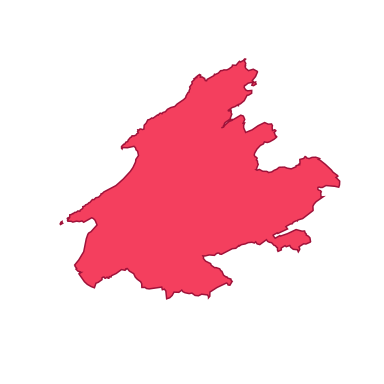 Midleton Lea-7, Cork, Ireland (Equal Earth projection), rotated 154°
{"feature_id": "5873133B11513938910004", "entity_name": "Midleton Lea-7", "entity_type": "district", "adm_level": 2, "iso_a3": "IRL", "parent_name": "Ireland", "parent_adm1": "Cork", "projection": "equal_earth", "projection_center": [-8.098, 51.922], "detail": "fine", "context": "isolated", "style": "filled", "palette": "rose", "viewbox_px": 384, "rotation_deg": 154, "n_neighbors": 0, "source": "geoboundaries", "source_scale": "gbopen_adm2", "svg_char_len": 6037}
<svg xmlns="http://www.w3.org/2000/svg" viewBox="0 0 384 384"><g transform="rotate(154 192 192)"><path d="M114.5,231.0L115.9,231.4L112.8,234.1L112.6,237.2L112.7,237.9L114.5,239.7L123.0,239.0L123.7,239.4L124.3,238.8L127.7,239.1L132.7,237.8L133.2,238.3L133.0,237.7L135.2,236.5L137.5,236.8L135.0,236.7L134.5,238.0L133.1,238.4L132.9,239.3L131.8,239.9L126.3,240.8L126.9,240.3L126.3,239.6L125.1,240.1L125.2,241.6L122.1,244.5L122.0,246.8L121.4,247.2L121.1,248.5L122.7,248.5L123.2,249.1L123.8,248.3L123.6,249.5L119.0,250.3L115.8,249.9L113.0,250.3L112.5,249.9L112.7,248.6L111.7,250.3L109.9,250.0L105.0,251.2L100.1,254.8L98.6,254.3L95.1,254.6L93.8,257.1L97.7,258.6L99.0,260.3L99.3,263.1L98.1,264.7L97.5,264.4L93.9,265.2L89.0,264.1L88.7,263.3L90.0,263.2L91.4,261.7L90.1,260.6L87.0,260.9L87.0,262.4L86.6,263.0L88.1,263.2L88.9,265.8L84.3,267.9L80.5,271.2L80.5,271.9L83.1,275.5L88.0,276.3L88.4,277.3L88.1,277.5L88.5,277.4L89.5,279.4L89.3,281.4L88.5,281.9L88.7,282.4L87.3,284.0L87.5,287.1L85.6,287.9L86.0,288.4L86.8,288.2L86.2,288.6L88.2,287.7L91.5,287.6L91.9,288.6L92.6,288.5L96.9,286.6L100.0,288.3L101.0,287.1L105.3,286.4L107.3,286.5L109.9,287.8L111.3,287.8L113.1,288.5L116.2,287.3L119.7,287.4L120.2,288.0L121.3,287.0L129.0,286.6L130.1,285.6L131.2,286.3L130.9,288.6L131.3,288.6L132.2,290.7L133.6,291.3L133.3,291.4L133.8,292.8L132.4,293.4L133.6,293.5L133.8,294.3L136.5,293.9L137.6,292.8L137.9,293.5L139.9,292.6L139.7,293.0L140.6,292.9L140.4,292.1L143.9,291.0L144.2,289.4L148.1,287.4L148.2,286.0L150.1,284.4L150.7,283.2L151.9,283.2L155.3,280.9L156.3,279.6L159.1,278.7L166.8,277.6L170.0,276.4L174.0,277.2L177.8,277.1L180.7,275.8L183.3,276.2L184.7,275.5L185.4,276.5L186.5,276.8L188.7,275.9L189.2,276.4L194.8,275.4L195.7,276.2L198.4,275.8L200.1,276.2L203.0,274.0L205.7,273.0L207.7,269.6L209.2,269.9L210.4,271.1L211.5,271.4L212.4,270.9L213.5,271.6L213.8,270.4L214.4,270.2L214.4,268.7L216.2,268.5L217.1,267.8L219.3,267.8L221.3,268.8L222.4,267.9L223.3,268.1L226.7,266.6L227.7,265.5L229.6,265.8L231.6,264.5L232.3,264.9L235.4,263.8L236.2,262.1L236.0,261.6L235.5,262.7L234.5,262.1L235.6,261.7L234.4,262.1L230.7,260.1L224.1,258.5L223.4,256.6L223.8,254.4L223.0,252.5L224.1,248.2L228.2,245.9L229.6,243.7L234.3,239.9L238.3,237.6L248.0,233.8L257.6,231.1L271.2,230.7L273.5,229.9L274.4,230.3L275.3,229.3L278.3,228.3L280.9,229.0L283.5,228.1L284.8,228.9L288.6,227.3L289.3,227.6L291.1,226.9L293.4,227.1L294.5,226.4L296.6,226.7L296.9,225.6L297.6,225.1L300.6,224.6L300.9,224.0L301.8,224.1L302.8,225.0L305.0,224.5L306.4,225.1L308.5,224.6L308.9,225.0L310.3,224.6L311.8,225.1L313.3,222.5L314.2,222.4L314.5,223.2L315.4,223.0L315.1,222.6L315.6,222.2L315.2,221.7L316.3,221.1L316.4,220.2L313.4,218.6L312.3,217.2L308.5,216.4L306.3,214.8L303.6,214.2L302.6,212.3L293.4,212.8L292.3,211.4L291.5,209.0L291.8,204.0L300.2,200.6L302.9,200.4L304.2,199.6L307.6,196.2L315.5,185.8L323.5,180.6L329.5,177.8L329.3,177.0L329.7,176.4L329.1,174.0L330.1,173.6L329.2,170.8L327.8,169.6L328.2,169.4L328.0,168.9L326.9,168.3L329.5,168.0L328.0,158.5L326.6,154.9L324.0,151.1L321.7,148.7L318.3,152.1L315.9,151.9L311.3,152.7L310.6,154.2L309.8,154.5L308.4,154.2L308.2,152.9L307.6,152.4L305.7,152.7L305.2,151.3L304.5,150.9L303.4,152.2L302.1,151.1L301.1,152.1L295.8,152.0L289.4,153.2L286.5,151.0L285.3,151.3L285.4,151.8L284.9,152.0L283.7,151.6L282.9,148.3L280.2,144.2L280.3,140.4L279.4,137.5L277.5,133.9L277.4,131.7L278.9,128.2L276.0,126.8L275.2,125.2L273.0,123.7L260.9,119.8L261.5,117.2L259.4,116.8L258.9,114.5L261.6,107.1L258.4,106.7L255.2,107.7L252.1,109.9L247.8,107.6L244.2,108.3L243.9,106.4L242.5,104.6L239.1,101.9L236.4,101.2L234.6,97.7L231.7,95.9L228.1,95.9L223.2,92.7L223.0,90.8L223.5,89.7L221.7,90.5L219.8,94.2L211.5,95.2L201.0,95.1L200.3,94.3L200.3,92.6L198.8,91.6L195.0,94.1L195.6,95.1L195.2,96.7L197.5,98.9L197.9,100.5L198.6,100.6L200.1,103.4L199.9,107.6L200.6,108.7L200.8,110.9L203.6,113.6L204.8,114.0L206.8,117.6L206.7,119.5L210.1,123.9L210.9,127.2L210.1,128.5L210.2,129.8L208.0,128.7L204.1,127.9L199.6,125.2L196.9,126.0L195.3,125.7L194.3,124.9L194.2,124.0L192.8,123.1L180.6,123.4L177.3,122.2L173.4,123.3L173.4,122.7L170.6,123.0L166.9,122.0L163.9,121.9L160.2,120.6L158.3,118.8L156.6,119.3L156.2,116.8L154.1,115.0L146.0,116.5L145.7,114.5L144.5,112.9L142.7,111.6L141.6,108.0L140.6,107.2L140.2,105.2L139.6,104.6L140.7,102.1L140.7,100.9L137.1,100.8L136.4,102.5L131.9,103.0L131.3,101.5L127.6,101.1L127.5,99.0L126.1,96.1L122.6,93.9L122.7,91.6L120.4,93.1L119.9,94.4L120.0,95.7L119.6,95.9L114.3,96.5L112.4,95.3L107.8,95.1L107.2,95.4L106.1,99.1L106.8,101.3L108.2,103.2L107.7,104.0L108.2,105.8L107.9,107.6L110.2,108.5L114.9,112.6L124.5,112.7L131.8,113.6L132.1,114.3L137.5,114.0L138.2,117.2L137.9,117.7L133.3,117.9L133.1,117.1L122.3,116.9L122.8,119.7L121.5,119.9L117.9,120.1L115.7,119.5L114.4,120.4L111.9,120.5L109.9,120.2L109.9,119.9L108.9,120.4L104.2,119.6L91.6,122.2L91.2,122.4L89.6,126.2L87.5,127.7L84.6,128.9L76.2,130.2L78.2,131.0L76.6,135.0L75.7,135.4L75.9,136.8L77.4,138.3L77.7,139.4L76.8,140.9L75.5,140.7L74.4,139.6L72.7,138.9L68.8,139.1L61.1,134.5L58.0,132.0L56.3,133.7L54.5,137.0L56.2,142.0L54.0,142.2L53.9,142.8L56.6,148.1L57.1,150.7L60.0,158.3L63.1,164.8L64.1,165.9L62.7,166.2L65.5,169.0L68.9,170.5L72.1,170.7L73.9,172.2L74.3,173.9L74.8,174.3L76.9,173.2L80.8,174.0L82.3,170.5L83.2,170.4L83.2,169.8L83.8,169.8L83.6,169.4L86.9,170.0L87.4,169.1L92.6,169.3L96.0,171.7L97.9,173.8L102.8,176.0L106.0,175.3L108.6,175.5L111.6,175.1L114.8,176.0L115.1,177.0L116.0,177.9L119.3,179.6L121.6,182.8L124.0,183.0L124.6,183.9L124.0,183.8L123.6,184.9L120.3,187.9L120.4,189.1L119.6,191.2L120.1,192.6L118.6,193.9L119.3,195.7L119.8,195.9L119.9,197.9L118.6,199.5L114.8,202.1L110.1,203.9L106.7,203.9L105.0,205.3L102.7,203.5L100.1,203.1L95.2,203.4L92.0,204.2L91.6,204.5L91.9,205.5L92.4,205.6L92.0,209.6L90.2,210.0L89.7,210.5L90.4,211.7L92.7,212.0L91.5,215.3L90.6,216.3L90.7,218.3L93.7,219.5L96.3,222.6L103.5,222.6L110.8,221.5L117.7,222.0L117.4,227.1L116.4,229.2L114.5,231.0ZM324.4,220.4L321.9,220.6L322.2,221.4L321.7,222.5L322.9,222.4L324.5,221.1L324.4,220.4Z" fill="#f43f5e" stroke="#9f1239" stroke-width="1.5"/></g></svg>